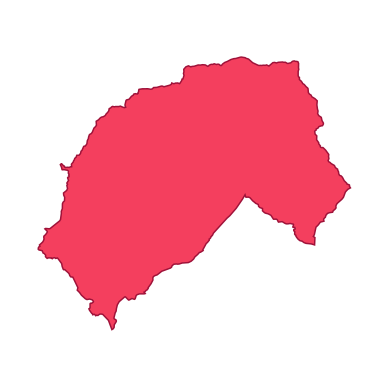 Sarulesti, Buzau, Romania, rotated 265°
{"feature_id": "2599482B39885931809271", "entity_name": "Sarulesti", "entity_type": "district", "adm_level": 2, "iso_a3": "ROU", "parent_name": "Romania", "parent_adm1": "Buzau", "projection": "mercator", "projection_center": [26.772, 45.488], "detail": "fine", "context": "isolated", "style": "filled", "palette": "rose", "viewbox_px": 384, "rotation_deg": 265, "n_neighbors": 0, "source": "geoboundaries", "source_scale": "gbopen_adm2", "svg_char_len": 5950}
<svg xmlns="http://www.w3.org/2000/svg" viewBox="0 0 384 384"><g transform="rotate(265 192 192)"><path d="M313.8,283.8L310.8,279.6L312.1,277.4L311.8,276.0L312.1,274.3L312.0,272.0L312.2,271.1L312.2,269.8L312.5,268.9L315.5,263.7L319.5,259.9L320.5,257.5L321.2,256.6L322.1,253.0L322.1,251.9L321.2,247.2L321.2,245.3L320.6,242.4L319.0,238.6L318.2,235.9L316.8,233.6L315.6,232.5L315.4,231.9L315.7,231.2L316.7,230.2L317.0,229.6L317.1,228.5L316.9,227.5L317.8,225.2L317.3,224.0L317.5,222.4L317.3,221.4L316.8,220.2L316.3,219.7L315.8,218.7L317.4,216.4L317.9,213.6L317.7,211.3L318.0,209.2L317.1,205.2L317.1,203.0L316.8,201.7L318.0,199.4L317.2,196.8L315.0,194.5L312.3,194.4L310.9,193.8L308.9,194.2L305.4,192.8L305.4,192.0L303.7,191.3L301.1,189.2L301.0,188.9L301.9,187.3L301.7,186.6L302.0,185.6L301.5,183.4L301.8,182.3L302.4,181.4L301.1,180.7L300.8,180.3L300.3,178.8L299.3,173.3L300.1,171.6L300.2,170.7L299.5,167.2L299.3,166.1L299.4,162.8L298.3,161.6L297.9,160.1L298.7,157.0L299.1,151.5L298.9,148.2L298.3,147.8L296.8,147.6L295.1,146.6L294.9,146.8L294.5,146.4L294.4,145.9L294.9,144.1L294.6,142.5L293.4,141.7L292.7,140.1L289.9,137.4L289.4,134.7L288.8,134.2L284.5,132.8L282.2,133.3L282.2,132.5L281.9,132.3L282.3,130.9L283.8,128.1L283.5,126.5L283.8,123.2L283.6,122.1L284.2,120.4L283.7,119.2L282.9,118.4L282.3,116.8L280.0,116.1L278.4,114.7L277.5,113.5L275.7,112.2L274.7,110.1L274.6,108.8L274.2,107.7L273.3,106.4L272.2,105.4L270.8,102.7L266.8,102.6L265.4,101.4L264.2,99.9L260.1,97.8L258.9,96.6L258.5,95.5L257.9,94.7L255.6,93.7L254.4,93.5L252.3,92.2L249.2,91.5L247.1,89.8L247.1,88.6L246.7,88.0L243.0,86.0L242.3,85.0L240.3,84.4L238.8,83.1L238.5,82.7L238.6,80.4L236.8,79.6L235.7,78.1L234.2,77.5L233.1,76.6L232.2,76.3L230.2,74.3L227.7,74.3L227.7,73.0L227.2,72.1L227.5,69.8L227.4,68.0L227.7,67.5L228.6,67.3L229.1,66.9L229.1,66.5L231.5,64.6L231.5,64.2L230.7,63.2L228.2,64.1L225.6,64.5L225.4,65.0L225.4,66.5L224.5,69.8L224.1,70.3L223.5,70.8L221.6,70.4L220.4,71.1L219.5,70.6L219.1,70.9L217.9,70.8L217.4,69.5L216.9,69.3L214.3,70.0L211.8,68.1L210.6,68.7L209.5,67.9L206.3,68.3L204.5,67.3L202.2,63.9L200.1,63.9L197.8,64.7L194.3,64.2L193.1,62.7L191.6,61.9L186.7,61.4L184.1,60.1L182.1,60.0L176.0,58.6L174.8,57.7L168.0,47.5L167.8,46.6L168.4,43.3L168.4,42.7L168.1,42.2L165.7,44.2L165.0,44.4L164.3,44.1L162.3,42.4L161.0,40.7L160.1,40.4L158.0,40.5L156.3,39.7L155.1,38.8L152.5,35.4L151.2,35.8L150.6,34.6L149.9,34.1L148.4,33.8L147.6,34.5L146.6,37.6L144.1,38.4L143.6,39.4L141.8,40.7L140.3,40.4L138.5,41.9L139.0,43.0L138.8,43.4L138.8,45.1L138.2,46.0L138.5,46.3L137.8,47.1L138.2,47.4L138.6,49.0L138.3,49.8L137.7,50.4L138.0,52.1L137.8,52.4L132.1,55.9L129.0,56.2L126.2,57.0L125.7,57.5L125.8,58.4L122.3,61.7L121.2,62.5L119.5,62.9L118.1,63.7L117.5,65.9L106.6,70.0L104.2,69.1L101.7,71.2L98.8,72.9L94.9,76.5L94.0,78.0L94.3,80.5L93.3,83.1L92.5,83.8L91.4,84.3L91.0,84.1L89.9,82.3L90.1,81.6L89.9,81.0L89.5,80.7L85.9,80.4L85.2,80.1L84.6,79.1L83.1,79.6L79.9,81.5L79.4,82.1L78.3,82.5L78.7,83.6L78.6,84.2L77.1,85.4L77.6,86.1L77.2,87.5L77.9,88.5L78.4,89.7L78.3,91.1L77.9,92.4L71.4,97.6L61.9,100.2L62.6,101.6L63.9,102.6L66.5,103.0L69.3,105.1L70.1,105.4L71.3,105.1L72.3,103.6L72.7,103.3L73.4,103.3L78.2,104.9L79.9,106.0L82.6,106.6L86.1,107.8L89.1,109.9L93.3,115.7L93.4,116.3L93.0,116.8L89.9,119.4L89.9,120.0L91.1,122.9L90.1,125.3L90.6,126.1L93.8,127.4L94.5,128.4L95.1,130.8L94.7,135.4L94.9,136.5L96.4,135.5L96.7,136.4L98.0,137.7L98.5,138.9L99.9,140.0L100.5,140.0L104.2,143.2L107.7,145.4L109.9,145.5L111.1,146.2L111.9,147.6L112.5,150.1L115.7,155.0L118.1,163.9L118.9,165.1L120.1,165.6L121.6,167.5L121.7,170.1L121.4,171.2L121.4,173.0L122.1,176.0L122.0,182.2L123.1,185.1L125.0,187.7L127.1,189.2L129.2,192.1L131.1,194.1L131.3,195.3L132.7,198.0L133.4,197.7L139.6,201.8L140.2,202.8L142.5,205.0L143.6,205.0L143.9,205.7L144.9,206.7L145.9,207.0L146.3,207.8L146.8,208.0L147.1,208.6L149.2,209.8L162.9,224.6L165.1,227.6L171.9,234.6L180.4,241.6L184.6,244.6L182.3,245.1L182.1,245.6L182.0,247.8L181.3,249.2L177.9,251.7L176.0,253.7L175.2,254.4L173.8,256.9L171.9,257.1L170.6,258.2L169.4,260.8L167.1,260.6L165.1,262.4L164.5,263.4L163.6,266.0L161.9,268.6L157.8,270.8L157.6,273.6L157.2,274.2L156.6,274.7L155.8,274.9L154.5,275.5L154.6,279.3L152.8,281.7L152.1,283.0L151.9,284.7L152.1,287.0L151.1,290.1L150.5,290.3L148.4,289.4L148.1,289.5L147.8,291.3L146.3,291.6L146.0,291.3L145.9,290.3L145.6,290.1L144.5,290.0L143.7,290.9L141.1,290.6L140.4,290.9L140.0,291.6L138.9,291.7L137.7,292.3L135.7,293.6L134.1,295.3L133.4,297.4L131.8,299.2L130.9,301.1L129.9,306.3L128.6,309.5L135.9,310.5L137.1,309.0L138.9,310.2L146.1,312.4L148.3,315.0L150.8,317.2L151.4,320.9L153.0,320.7L154.0,321.1L155.3,322.7L157.3,323.4L157.6,324.0L158.8,324.9L159.4,327.0L159.6,330.3L161.1,331.1L162.2,332.8L163.6,334.1L165.6,334.1L167.5,335.2L168.4,336.2L171.7,340.7L173.5,342.4L178.4,344.7L179.2,345.4L181.1,347.5L182.3,350.2L183.9,349.4L185.1,349.5L185.5,349.2L186.4,347.1L187.1,347.0L190.0,344.6L193.6,343.1L195.1,341.9L195.6,340.7L196.0,340.3L197.3,339.8L199.5,339.7L200.9,339.1L202.1,339.0L203.1,337.7L204.2,336.8L206.0,336.2L208.2,333.1L209.4,332.1L210.0,331.1L210.9,330.5L211.3,330.3L213.4,331.3L215.2,331.1L217.5,331.5L222.0,328.8L224.6,326.6L224.9,326.2L224.9,325.1L225.3,324.1L226.0,323.7L226.7,323.9L228.9,322.5L230.1,322.5L233.2,320.7L237.1,321.2L238.9,319.7L241.8,319.5L242.4,320.2L242.8,321.0L244.0,321.3L244.6,323.0L246.1,324.2L246.6,326.4L246.7,327.8L248.2,328.8L249.2,328.9L251.9,327.7L255.1,327.3L257.1,324.9L259.1,324.0L261.7,324.6L263.7,324.2L267.9,324.0L271.9,324.7L274.3,322.6L276.4,319.7L278.2,319.0L279.3,317.5L280.9,316.6L284.9,316.6L285.5,316.3L287.0,314.8L289.3,313.2L290.4,311.7L291.5,311.3L293.0,310.4L294.6,308.8L296.8,309.0L297.4,308.2L298.7,307.9L303.0,308.3L305.0,309.1L306.2,308.9L310.8,309.4L312.5,308.9L312.9,308.0L313.2,306.2L313.7,305.2L313.4,303.4L312.1,301.7L311.7,298.8L311.9,298.0L313.1,296.4L313.2,294.6L313.6,293.6L313.7,289.2L313.2,287.4L313.9,285.6L313.8,283.8Z" fill="#f43f5e" stroke="#9f1239" stroke-width="1.5"/></g></svg>